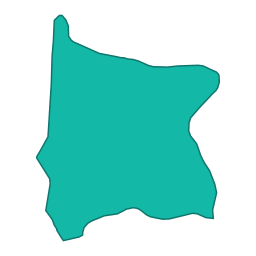 the district of San Antonio Ilotenango, Quiché, Guatemala
{"feature_id": "79465075B34214096561703", "entity_name": "San Antonio Ilotenango", "entity_type": "district", "adm_level": 2, "iso_a3": "GTM", "parent_name": "Guatemala", "parent_adm1": "Quiché", "projection": "orthographic", "projection_center": [-91.208, 15.056], "detail": "fine", "context": "isolated", "style": "filled", "palette": "teal", "viewbox_px": 256, "rotation_deg": 0, "n_neighbors": 0, "source": "geoboundaries", "source_scale": "gbopen_adm2", "svg_char_len": 1110}
<svg xmlns="http://www.w3.org/2000/svg" viewBox="0 0 256 256"><path d="M213.3,218.4L212.6,210.0L216.6,192.7L214.7,184.0L209.5,170.6L204.9,163.6L202.8,159.9L200.8,155.8L196.7,143.9L190.5,135.9L188.7,130.9L189.0,123.1L190.5,118.0L193.9,114.0L198.3,109.0L200.6,106.4L211.5,94.8L215.9,90.5L217.6,87.9L219.3,82.2L219.0,75.7L218.5,74.3L216.2,71.9L211.3,69.8L203.3,66.0L198.3,65.3L177.7,66.0L167.5,67.1L153.3,66.7L148.5,65.5L138.3,61.0L133.2,59.5L127.3,58.9L124.1,57.8L120.9,57.7L115.9,56.6L99.2,53.4L73.2,41.8L71.0,39.9L68.6,36.2L68.3,26.0L65.8,19.9L62.1,15.5L59.6,15.4L58.1,16.6L54.3,20.4L53.4,41.0L52.1,56.2L51.3,84.0L48.0,136.8L39.8,151.6L36.9,156.4L36.7,158.0L49.6,178.6L49.9,181.1L50.2,183.8L45.8,210.6L52.3,219.6L54.3,225.2L56.7,228.8L56.9,230.4L61.4,237.7L63.4,240.6L79.4,236.9L82.6,235.1L82.7,232.5L84.0,227.7L87.8,223.3L91.3,221.1L104.2,215.8L117.2,213.9L124.0,210.5L126.3,209.1L129.1,208.6L131.8,207.9L133.6,207.8L136.2,208.1L138.5,208.9L140.8,210.3L146.3,214.7L150.5,216.8L162.5,219.2L169.4,218.9L192.4,213.3L197.3,213.8L205.8,217.6L213.3,218.4Z" fill="#14b8a6" stroke="#0f766e" stroke-width="1.5"/></svg>